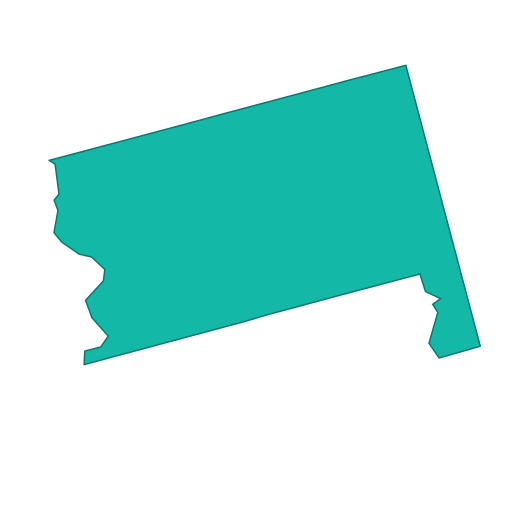 Pottawatomie, Oklahoma, United States of America, rotated 75°
{"feature_id": "52423323B34642745342205", "entity_name": "Pottawatomie", "entity_type": "district", "adm_level": 2, "iso_a3": "USA", "parent_name": "United States of America", "parent_adm1": "Oklahoma", "projection": "mercator", "projection_center": [-96.916, 35.182], "detail": "fine", "context": "isolated", "style": "filled", "palette": "teal", "viewbox_px": 512, "rotation_deg": 75, "n_neighbors": 0, "source": "geoboundaries", "source_scale": "gbopen_adm2", "svg_char_len": 630}
<svg xmlns="http://www.w3.org/2000/svg" viewBox="0 0 512 512"><g transform="rotate(75 256 256)"><path d="M401.2,62.7L209.8,62.2L110.6,61.9L110.5,81.9L110.2,122.0L110.3,152.1L110.2,249.4L110.3,281.6L110.3,311.6L110.2,371.3L110.1,430.8L115.4,426.3L145.3,430.3L149.8,436.5L160.7,435.5L181.2,445.1L192.5,439.9L208.4,426.4L214.4,415.1L229.2,405.9L229.6,405.4L240.5,409.8L254.7,432.1L273.2,430.4L295.1,419.5L303.7,429.5L303.5,446.0L316.4,450.1L316.3,282.0L315.7,262.1L315.6,181.9L315.8,102.3L334.1,101.5L345.0,88.8L348.4,97.8L357.6,95.0L385.0,111.5L401.9,105.5L401.2,62.7Z" fill="#14b8a6" stroke="#0f766e" stroke-width="1.5"/></g></svg>